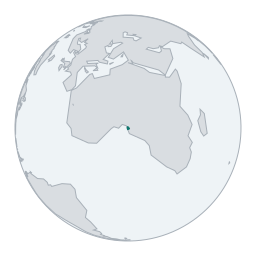 the Earth from above Litoral, rotated 325°
{"feature_id": "GNQ-1470", "entity_name": "Litoral", "entity_type": "Province", "adm_level": 1, "iso_a3": "GNQ", "parent_name": "Equatorial Guinea", "parent_adm1": "", "projection": "orthographic", "projection_center": [9.856, 1.633], "detail": "fine", "context": "on_globe", "style": "filled", "palette": "teal", "viewbox_px": 256, "rotation_deg": 325, "n_neighbors": 0, "source": "natural_earth", "source_scale": "10m", "svg_char_len": 7436}
<svg xmlns="http://www.w3.org/2000/svg" viewBox="0 0 256 256"><g transform="rotate(325 128 128)"><circle cx="128" cy="128" r="113" fill="#eef3f6" stroke="#a8b0b8"/><path d="M88.9,22.4L87.0,23.1L84.2,24.2L83.7,24.4L88.9,22.4ZM63.8,35.5L63.7,35.5L60.7,37.7L57.4,40.2L59.6,38.7L62.9,36.2L66.0,34.2L69.7,31.7L71.5,30.7L75.7,28.3L76.2,28.3L74.4,29.7L71.0,31.8L70.1,32.7L74.3,30.6L68.7,34.8L66.6,38.6L65.1,39.9L60.4,42.1L58.0,41.9L51.9,46.2L57.0,43.3L53.0,47.3L52.8,48.0L53.7,47.9L55.7,46.4L54.5,47.9L49.1,51.0L50.0,49.7L51.7,48.6L50.6,48.7L46.9,51.5L45.1,53.6L41.4,56.6L40.1,58.3L38.5,60.1L40.8,57.1L36.6,62.7L32.1,69.0L37.3,61.3L43.1,54.0L49.4,47.3L56.4,41.1L63.8,35.5ZM30.3,71.9L26.1,80.0L26.8,78.5L30.3,71.9ZM16.9,109.6L16.9,109.2L16.8,111.3L17.9,106.6L19.2,104.2L18.0,110.7L19.6,104.8L19.7,108.0L22.9,108.1L22.3,109.5L24.9,117.5L29.6,121.3L30.7,126.2L29.9,129.1L32.0,130.1L32.0,132.1L42.0,135.7L48.6,141.0L49.4,147.8L45.8,155.5L47.0,171.9L41.8,176.9L43.5,183.5L44.7,192.8L41.2,191.8L45.3,196.6L45.9,199.3L44.5,199.4L46.9,202.6L46.0,202.6L48.5,204.8L51.1,208.9L55.1,212.4L58.0,215.6L60.7,217.6L60.3,217.4L60.9,218.1L62.4,219.2L59.3,217.2L53.9,212.7L51.5,210.5L50.9,210.0L45.5,204.2L46.3,205.3L38.8,196.3L34.0,188.8L23.6,166.6L21.7,162.1L19.3,156.7L16.6,144.4L15.5,134.5L15.5,133.2L15.4,132.4L15.4,128.1L15.8,120.6L16.6,111.8L16.7,110.6L16.4,112.5L16.9,109.6ZM24.4,83.9L22.9,89.3L22.1,89.9L22.6,88.9L23.3,86.6L23.8,85.2L24.4,83.9ZM27.3,77.7L27.5,77.3L27.3,77.7ZM75.1,28.6L75.4,28.5L74.5,28.9L75.1,28.6ZM76.7,27.7L76.8,27.7L76.7,27.7L75.5,28.4L76.7,27.7ZM80.5,25.9L78.1,27.0L77.5,27.3L80.5,25.9ZM94.8,20.5L94.7,20.4L96.4,19.9L94.8,20.5ZM100.3,18.8L100.2,18.9L98.7,19.3L98.9,19.2L100.3,18.8ZM110.1,16.8L107.3,17.3L106.3,17.5L110.1,16.8ZM65.8,221.3L60.3,217.9L62.7,219.5L61.0,217.9L65.2,220.4L65.8,221.3ZM62.2,217.2L62.2,216.4L63.2,216.9L63.4,217.7L62.2,217.2ZM237.6,102.1L237.6,101.9L239.2,110.0L239.4,111.6L239.9,115.2L239.6,112.8L238.4,105.7L235.6,95.4L235.7,97.2L234.5,93.1L230.7,84.9L230.2,87.4L230.1,98.2L232.1,108.8L231.2,113.6L225.1,98.4L221.3,88.4L219.7,89.3L212.8,81.3L202.9,81.1L200.9,78.6L199.1,79.8L194.2,77.5L190.9,73.6L188.2,73.9L196.8,84.3L199.6,84.1L201.2,79.9L203.1,83.8L207.8,87.2L204.6,96.8L188.9,106.0L186.4,98.1L169.7,77.6L169.6,75.3L169.5,75.1L169.3,74.6L168.7,78.3L165.5,74.5L175.4,88.5L177.5,94.8L188.7,106.5L187.8,107.7L191.2,110.2L200.6,106.9L200.9,109.6L197.0,122.2L183.0,140.0L184.4,151.7L182.5,161.9L172.7,168.8L172.4,176.7L167.2,179.5L166.1,184.0L161.3,188.8L153.6,193.4L141.8,193.8L141.9,189.8L137.4,182.1L131.4,163.4L135.3,154.6L134.6,147.9L125.9,133.4L127.9,125.2L125.3,121.8L120.2,122.8L117.2,118.9L114.0,118.9L93.6,122.5L86.9,117.5L77.7,102.1L81.1,95.7L80.8,88.7L103.1,64.7L108.8,65.7L127.5,62.2L130.0,63.0L128.8,68.1L143.6,74.0L147.2,69.6L159.6,72.8L167.2,72.6L168.0,63.1L155.6,63.2L152.4,58.8L161.6,54.8L172.3,55.4L171.4,53.7L163.8,50.1L165.4,47.2L161.0,48.6L163.4,50.3L160.8,51.4L158.4,50.0L159.1,48.9L155.6,48.3L153.4,54.1L155.6,56.3L147.0,57.6L149.9,61.7L147.8,63.7L142.3,57.7L142.1,55.4L132.5,49.6L131.9,52.0L140.9,57.8L138.5,57.4L137.7,61.2L136.4,58.0L126.6,51.6L118.3,53.4L109.2,63.3L104.0,64.4L99.0,62.9L100.9,53.4L112.2,52.0L113.0,49.2L109.4,45.5L113.2,45.6L113.1,44.1L117.3,43.6L121.9,39.9L126.0,39.4L126.6,35.2L128.8,34.5L127.8,37.1L129.3,38.8L139.2,38.3L140.7,37.4L140.3,34.8L143.1,35.2L141.5,32.9L146.6,32.0L139.0,31.3L138.3,28.9L140.7,27.2L139.1,26.4L135.2,29.4L134.8,30.7L136.7,32.0L134.6,36.3L131.4,37.2L128.5,32.6L123.7,33.6L123.5,30.1L134.3,23.4L139.4,22.4L150.4,25.1L149.9,26.3L145.7,25.8L150.7,28.2L149.7,27.0L152.0,27.6L152.0,25.8L153.6,26.2L150.8,24.2L152.8,24.4L154.5,25.6L156.2,23.8L160.0,24.2L159.6,23.6L158.0,23.0L163.9,24.2L163.3,23.8L161.2,23.2L158.7,22.1L156.5,20.8L158.6,21.2L159.7,21.8L165.2,23.8L167.7,25.5L168.4,25.6L166.7,24.3L160.0,21.7L158.1,20.8L161.4,21.9L160.0,21.4L159.7,21.1L161.5,21.4L157.9,20.3L151.9,17.9L152.6,18.1L160.2,20.1L167.7,22.6L175.0,25.6L182.0,29.1L188.8,33.2L195.2,37.6L201.4,42.5L207.2,47.9L212.6,53.6L217.6,59.7L222.1,66.1L226.2,72.8L229.8,79.8L232.9,87.0L235.5,94.5L237.6,102.1ZM96.6,76.4L96.3,78.4L96.6,76.4ZM184.6,61.3L190.4,61.8L186.2,56.1L188.0,55.9L185.9,54.2L185.8,55.7L180.4,51.1L182.3,49.7L180.7,47.5L178.7,47.2L176.1,50.8L183.9,57.1L183.2,59.4L184.6,61.3ZM23.0,108.0L23.3,109.3L22.6,109.3L23.0,108.0ZM21.2,92.5L21.3,92.6L21.1,93.6L20.8,93.9L21.2,92.5ZM23.9,92.9L24.4,93.5L23.6,94.0L23.9,92.9ZM22.9,90.0L23.5,92.7L21.9,94.4L21.6,92.9L22.3,92.4L22.9,90.0ZM25.6,81.3L25.5,81.7L25.0,82.8L25.6,81.3ZM27.4,77.8L27.8,76.9L27.4,77.8ZM53.3,47.1L53.7,46.9L54.2,47.1L53.2,47.7L53.3,47.1ZM61.1,44.6L59.2,47.1L59.9,45.6L58.1,46.7L57.4,45.2L64.3,40.5L61.3,42.8L61.1,44.6ZM58.3,42.4L58.0,43.6L58.1,42.5L58.3,42.4ZM108.7,37.4L110.5,38.1L109.5,39.7L104.4,41.4L105.8,38.8L108.7,37.4ZM113.3,38.8L111.8,34.4L115.0,33.5L113.5,34.7L115.7,34.5L113.8,36.4L118.3,40.3L117.7,42.1L108.6,43.5L111.9,41.9L109.9,41.2L113.3,38.8ZM102.5,27.6L101.9,26.5L109.4,25.9L109.1,27.1L104.0,28.5L101.3,28.0L102.5,27.6ZM85.0,24.1L84.2,24.3L85.1,24.0L86.4,23.5L85.0,24.1ZM94.6,20.4L96.5,19.9L93.3,20.9L94.6,20.5L89.0,23.0L87.9,23.3L86.0,24.9L82.3,26.3L83.7,25.2L79.4,27.7L79.1,27.3L76.6,29.0L80.0,26.4L79.7,26.4L81.5,25.7L84.9,24.3L86.2,23.7L89.8,22.1L90.3,21.9L94.6,20.4ZM120.7,16.7L117.8,16.8L121.6,17.2L118.4,17.5L119.1,17.6L117.2,18.1L116.0,18.9L114.4,19.1L114.6,19.4L113.3,19.9L113.1,20.4L110.2,20.9L109.7,21.6L108.6,21.5L108.5,22.7L107.2,22.1L105.5,22.9L107.6,23.0L92.3,26.4L86.9,28.9L83.0,31.4L81.4,30.5L84.0,27.8L88.8,24.8L94.3,22.8L92.6,22.9L94.7,22.1L95.1,22.3L95.7,21.5L97.6,21.0L101.8,19.3L101.4,18.9L103.0,18.4L104.1,18.3L104.8,17.9L107.9,17.5L109.1,17.2L113.3,16.6L114.7,16.9L115.9,16.6L119.2,16.3L120.7,16.7ZM104.5,17.8L103.8,18.0L105.5,17.6L107.3,17.3L109.1,17.0L109.3,16.9L112.4,16.4L114.8,16.2L114.3,16.5L107.2,17.4L105.7,17.7L101.1,18.7L101.7,18.5L104.5,17.8ZM132.2,61.0L134.0,61.1L136.7,60.8L136.3,63.4L132.2,61.0ZM125.5,56.6L127.0,56.2L127.7,59.4L125.8,59.4L125.5,56.6ZM127.3,53.5L127.1,56.0L126.1,54.7L127.3,53.5ZM129.2,36.7L130.8,36.3L131.1,36.9L130.5,37.8L129.2,36.7ZM131.2,19.1L129.7,18.8L130.0,18.7L128.2,17.8L130.4,17.6L132.4,18.1L131.2,19.1ZM166.3,64.7L164.4,66.5L163.1,65.7L164.0,65.2L166.3,64.7ZM149.9,64.8L153.9,65.9L149.7,65.5L149.9,64.8ZM133.4,18.8L132.4,18.4L134.1,18.6L133.4,18.8ZM131.9,17.5L133.9,17.6L130.5,17.5L131.9,17.5ZM191.9,213.6L191.3,214.9L190.3,215.0L191.9,213.6ZM198.8,159.9L189.8,177.8L185.4,178.0L185.5,172.8L189.4,162.0L194.9,158.8L197.8,153.9L198.8,159.9ZM240.6,129.3L239.8,117.5L240.1,117.8L240.5,121.6L240.6,129.3ZM232.5,109.9L234.3,116.3L233.6,117.4L232.5,109.9ZM150.8,19.0L150.9,20.2L152.4,21.4L155.5,22.4L151.1,21.6L148.8,19.8L150.8,19.0ZM151.6,17.9L148.8,17.3L149.9,17.5L150.7,17.7L151.6,17.9ZM149.9,17.6L146.7,17.1L145.1,16.7L148.0,17.2L149.9,17.6ZM140.1,17.3L140.0,17.6L138.6,17.4L140.1,17.3Z" fill="#d9dde1" stroke="#a8b0b8" stroke-width="1"/><path d="M127.9,126.6L127.9,126.8L128.0,126.8L128.3,127.0L128.5,127.0L128.6,127.3L128.5,127.6L128.4,127.8L128.3,128.0L128.2,128.0L128.3,128.2L128.5,128.2L128.5,128.3L128.5,128.5L128.6,128.8L128.8,128.9L128.8,129.0L128.7,129.1L128.4,129.1L128.2,129.3L127.9,129.2L128.0,129.1L127.9,129.1L127.7,129.1L127.4,129.1L127.2,129.0L127.0,128.9L127.1,128.7L127.2,128.4L127.3,128.4L127.4,128.2L127.5,128.2L127.8,128.1L127.7,128.1L127.5,127.9L127.7,127.7L127.8,127.7L127.9,127.4L127.8,127.2L127.9,126.8L127.9,126.7L127.9,126.6Z" fill="#14b8a6" stroke="#0f766e" stroke-width="1.5"/></g></svg>